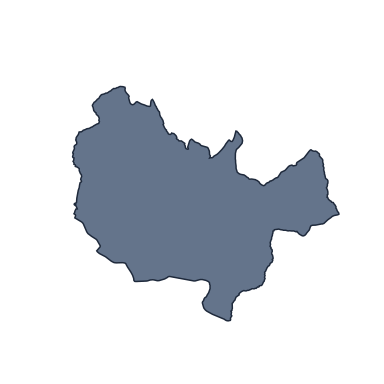 the district of Bumula, Western, Kenya, rotated 306°
{"feature_id": "3690345B11418167735466", "entity_name": "Bumula", "entity_type": "district", "adm_level": 2, "iso_a3": "KEN", "parent_name": "Kenya", "parent_adm1": "Western", "projection": "albers", "projection_center": [34.469, 0.568], "detail": "fine", "context": "isolated", "style": "filled", "palette": "slate", "viewbox_px": 384, "rotation_deg": 306, "n_neighbors": 0, "source": "geoboundaries", "source_scale": "gbopen_adm2", "svg_char_len": 6035}
<svg xmlns="http://www.w3.org/2000/svg" viewBox="0 0 384 384"><g transform="rotate(306 192 192)"><path d="M229.7,67.8L227.8,67.1L225.9,66.8L224.9,66.1L222.9,65.5L222.0,65.0L221.2,64.0L220.1,63.6L217.5,61.5L215.3,61.3L213.0,61.6L211.3,60.9L210.3,60.9L208.1,60.6L207.1,60.1L203.6,60.4L202.8,61.3L202.3,62.3L200.1,64.7L199.6,66.6L199.7,67.7L198.8,68.5L198.4,70.1L198.3,71.6L197.2,73.6L195.1,74.6L194.6,75.7L192.6,76.2L190.7,74.9L189.4,74.4L188.3,73.8L186.1,73.1L185.2,72.4L183.1,71.5L181.4,69.8L179.5,68.8L178.0,67.7L176.9,67.6L175.7,67.1L174.2,65.4L171.9,66.2L168.2,66.3L167.3,66.6L166.6,67.2L165.8,67.3L164.7,69.2L163.9,70.0L162.8,70.5L160.5,69.7L159.5,69.9L157.8,71.5L154.2,72.2L153.4,72.6L153.3,73.5L150.3,74.7L149.9,75.5L150.2,76.5L148.0,77.7L146.9,77.7L146.5,78.8L146.0,79.6L145.0,80.2L145.3,81.4L145.0,82.3L144.1,82.6L144.7,84.5L144.7,87.0L143.0,88.2L141.2,91.1L141.1,92.2L139.6,93.7L137.8,94.1L136.7,94.6L135.8,96.3L134.7,96.4L133.8,96.0L131.6,96.9L129.2,98.2L126.5,99.0L119.4,102.4L115.5,104.8L113.5,103.7L112.6,104.1L112.5,105.0L113.7,105.1L112.8,105.9L112.3,106.6L112.0,107.4L110.9,109.1L109.9,108.1L107.9,108.5L106.1,109.2L105.0,109.3L105.1,111.0L104.3,111.8L102.2,112.4L102.9,120.3L102.7,121.8L102.3,122.9L97.9,130.3L97.2,132.3L97.1,136.7L97.4,141.6L97.4,142.8L97.0,143.9L94.5,149.5L93.5,149.9L88.4,149.5L88.0,150.6L87.8,153.2L88.8,160.1L88.6,167.4L88.9,169.6L89.1,170.5L90.1,172.3L93.9,177.2L94.9,179.0L95.2,180.3L93.4,184.0L91.2,189.8L89.7,192.9L87.9,195.5L86.3,197.0L86.0,198.1L86.6,199.2L93.2,207.5L94.1,208.4L96.1,209.8L97.9,211.8L98.6,213.1L99.8,216.0L100.9,217.4L105.6,221.0L108.4,222.3L109.3,222.5L110.1,223.0L110.7,223.9L121.2,245.9L122.0,246.9L125.9,250.0L127.2,251.7L128.7,255.3L129.2,258.0L128.9,259.4L127.6,260.6L127.1,261.5L125.6,262.5L124.7,263.3L121.3,264.4L119.4,264.8L118.4,264.7L116.3,265.1L115.3,265.1L114.2,264.6L113.1,264.5L110.7,265.2L109.4,265.1L108.4,265.5L105.8,268.8L105.0,270.0L104.4,272.2L104.3,274.0L105.1,280.4L108.0,292.6L108.1,294.9L108.4,295.9L109.0,297.0L110.7,298.5L111.7,298.1L112.2,297.5L113.3,297.0L114.5,297.2L115.4,296.8L115.6,295.8L118.0,294.6L118.5,293.5L119.7,293.9L120.5,293.4L121.5,293.1L125.5,290.0L126.7,290.2L128.2,290.0L129.5,290.3L132.7,289.4L134.5,289.9L136.5,290.6L137.2,289.9L138.5,290.0L140.8,290.7L142.8,291.9L143.1,292.9L143.8,293.9L145.0,294.7L145.9,295.8L146.9,296.1L147.4,296.7L149.0,297.3L150.2,299.2L151.2,299.7L151.7,300.5L153.7,300.9L154.1,301.6L155.0,302.0L155.7,301.6L157.2,303.1L158.2,303.3L161.3,302.7L162.4,302.8L163.6,302.2L164.9,302.0L165.6,300.8L167.5,300.1L167.9,299.2L168.9,298.9L169.8,297.9L171.1,298.1L174.6,297.3L176.7,297.2L177.6,297.7L178.8,297.7L180.2,297.2L182.3,298.0L184.4,297.4L184.7,296.5L185.8,296.7L186.7,296.0L188.3,294.2L188.5,293.3L189.1,292.6L189.9,292.1L191.0,291.9L191.8,291.3L192.5,290.5L192.6,289.2L193.6,288.5L193.9,287.1L196.0,286.2L196.8,285.1L199.5,284.2L200.5,284.1L202.5,282.9L203.8,282.7L205.4,281.8L206.3,281.6L208.0,280.5L208.8,281.1L209.9,280.8L213.0,284.0L213.5,285.6L214.5,287.5L214.8,288.5L216.1,290.3L217.0,292.6L217.9,293.5L219.2,295.8L220.2,297.0L221.0,299.7L221.8,300.0L221.5,301.0L221.0,303.5L221.3,306.6L221.7,307.6L222.3,308.2L223.5,308.8L225.2,309.0L226.3,308.9L230.3,309.2L233.1,308.3L234.7,308.1L235.9,309.0L238.0,311.6L242.1,315.4L242.8,316.3L244.1,317.2L249.3,318.2L252.9,319.4L254.7,319.8L256.6,320.9L259.3,323.4L260.5,323.9L261.4,322.8L261.8,321.3L262.4,320.0L263.1,319.2L263.5,317.9L264.7,317.2L265.5,315.5L265.9,313.8L266.5,312.5L265.8,310.9L266.3,309.9L266.1,309.0L266.2,307.6L266.5,306.2L267.2,305.3L267.2,304.2L268.3,304.0L269.1,303.1L270.0,303.3L272.0,301.8L273.3,300.3L274.4,298.3L275.6,298.2L277.1,297.6L277.9,296.9L279.1,296.7L280.9,295.4L281.5,294.2L281.5,292.1L284.0,289.3L284.3,288.6L285.3,288.0L287.4,285.4L288.5,284.9L289.3,284.3L290.1,282.7L291.4,282.3L292.7,280.6L293.6,279.7L294.5,279.2L295.1,278.4L296.0,274.0L297.5,272.9L297.8,272.0L297.7,271.0L298.0,269.9L297.8,268.0L297.1,267.3L296.5,266.3L296.0,264.8L296.2,263.9L295.7,263.1L293.5,262.8L285.6,262.6L277.7,259.6L276.6,259.7L276.0,260.4L274.7,260.5L272.6,258.5L272.5,257.0L270.9,255.7L269.5,255.1L265.0,254.7L263.8,254.4L260.4,252.5L254.6,252.8L253.8,252.6L253.0,251.8L251.0,250.9L249.7,250.6L247.4,249.5L246.9,248.8L244.7,248.4L243.9,247.6L242.7,247.1L240.0,246.8L239.1,246.0L238.8,244.7L238.7,243.0L238.9,241.6L239.5,240.5L239.6,238.1L239.3,237.0L239.3,236.1L237.6,232.7L236.2,231.0L236.1,230.2L236.5,229.1L236.3,227.1L236.5,226.2L236.4,224.1L234.9,221.0L234.5,219.5L234.6,217.0L237.0,213.8L239.0,212.3L241.3,210.1L243.4,208.5L244.1,207.7L248.8,204.4L251.9,203.1L252.8,203.0L255.5,203.6L260.8,203.9L263.2,202.8L265.1,200.7L265.8,198.8L266.4,197.9L266.4,196.7L267.2,194.3L267.2,193.4L267.5,192.6L267.1,191.7L261.3,194.0L257.7,194.8L256.4,194.7L255.7,193.5L256.0,191.7L255.4,191.2L250.7,191.1L248.1,191.4L243.9,191.2L239.4,190.6L237.4,190.2L233.7,188.6L232.7,188.6L231.5,188.1L230.8,187.0L229.9,186.3L231.0,186.1L232.1,185.5L232.6,184.2L235.2,182.1L237.0,179.2L237.1,178.0L235.0,172.3L235.0,171.3L235.4,170.2L235.3,168.5L234.2,165.2L234.6,161.5L234.4,160.5L233.1,160.1L231.8,160.1L225.6,162.2L225.3,163.2L224.6,163.8L223.9,163.1L223.6,161.8L223.9,160.8L225.3,159.4L226.0,158.0L227.1,157.6L227.1,153.5L225.7,151.4L226.2,149.4L225.9,148.6L226.3,147.8L227.3,147.6L228.2,145.9L228.6,142.9L228.0,142.0L227.8,140.9L226.8,141.0L225.8,140.6L225.2,139.4L225.2,138.4L225.9,137.5L226.3,135.6L227.1,134.9L227.1,133.9L227.8,132.1L229.0,130.0L229.7,128.9L230.6,129.0L232.9,126.3L233.3,125.1L233.9,124.1L234.1,123.0L235.3,120.8L237.6,118.6L238.0,116.7L238.9,115.0L239.2,114.0L239.9,113.2L240.5,111.4L242.1,109.0L243.3,106.6L243.6,105.5L242.2,105.2L240.8,105.7L237.2,107.8L236.2,107.3L235.1,105.1L234.5,102.4L233.5,99.5L232.8,94.5L231.9,93.9L229.4,93.6L228.3,93.1L227.6,92.5L227.3,91.5L227.4,90.2L228.0,89.0L231.0,85.3L232.4,84.9L232.9,84.0L233.6,80.6L234.3,78.9L235.1,77.8L236.5,77.1L237.3,76.2L236.6,74.2L235.2,71.9L234.3,71.2L233.2,70.9L232.4,70.0L231.2,69.5L230.3,68.8L229.7,67.8Z" fill="#64748b" stroke="#1e293b" stroke-width="1.5"/></g></svg>